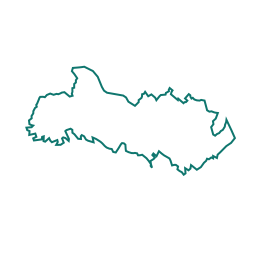 the district of Ronda Alta, Rio Grande do Sul, Brazil, rotated 134°
{"feature_id": "56859067B71630177815930", "entity_name": "Ronda Alta", "entity_type": "district", "adm_level": 2, "iso_a3": "BRA", "parent_name": "Brazil", "parent_adm1": "Rio Grande do Sul", "projection": "equal_earth", "projection_center": [-52.739, -27.81], "detail": "fine", "context": "isolated", "style": "outline", "palette": "teal", "viewbox_px": 256, "rotation_deg": 134, "n_neighbors": 0, "source": "geoboundaries", "source_scale": "gbopen_adm2", "svg_char_len": 2757}
<svg xmlns="http://www.w3.org/2000/svg" viewBox="0 0 256 256"><g transform="rotate(134 128 128)"><path d="M138.1,86.3L136.1,88.9L132.4,88.0L130.7,88.1L130.5,91.7L128.7,92.0L128.5,87.9L123.2,89.6L123.0,86.1L122.6,82.9L122.0,80.6L121.1,77.0L121.9,74.8L124.3,70.3L122.4,69.1L121.3,68.0L120.9,65.3L123.4,63.7L123.1,61.0L122.4,58.6L122.9,55.5L120.7,55.1L117.2,59.0L116.4,55.1L113.8,54.9L110.9,56.9L110.7,55.2L110.2,49.5L105.5,48.4L100.2,49.2L97.3,49.0L95.2,49.8L94.3,48.1L92.6,47.8L91.3,47.6L90.7,45.7L89.0,47.3L87.8,43.2L84.9,45.0L81.6,44.8L72.7,44.7L67.1,43.5L61.0,44.1L57.8,52.0L53.7,62.9L55.6,61.5L58.3,60.4L59.8,59.3L63.5,58.5L65.7,59.1L68.4,58.9L70.5,59.8L73.0,60.0L73.5,62.2L69.6,68.8L65.9,69.2L64.1,71.6L60.3,71.4L54.8,73.8L56.2,75.7L57.0,77.1L58.0,79.5L59.7,80.8L60.3,83.4L55.1,92.0L57.0,94.9L58.5,95.5L60.3,97.7L61.4,100.1L61.3,102.4L62.7,102.8L62.3,104.5L61.2,106.0L61.4,107.8L67.1,107.5L67.1,104.3L69.1,104.3L70.2,105.3L71.6,105.3L72.0,112.2L73.3,111.5L73.9,120.6L71.6,121.8L70.0,122.1L70.3,125.8L72.2,125.2L73.2,124.1L76.4,125.1L77.9,124.2L81.5,127.3L83.2,127.4L88.3,126.9L87.3,129.5L87.6,134.5L91.1,135.5L90.1,140.8L92.4,140.3L93.9,141.3L95.6,139.8L97.1,139.2L100.5,139.7L102.0,138.3L107.2,138.4L108.2,143.1L108.8,146.0L107.4,150.6L108.0,154.0L117.2,167.6L117.8,171.2L116.6,175.3L112.2,185.3L111.4,192.8L114.3,202.0L116.5,203.7L118.2,205.1L123.1,209.4L126.1,207.8L126.5,204.0L127.5,199.1L129.8,198.7L131.5,197.1L133.7,197.3L136.4,194.7L138.0,195.7L140.6,193.1L142.4,192.2L143.3,190.3L145.9,191.8L146.2,195.8L146.4,198.6L148.5,200.2L150.1,200.7L152.1,201.6L153.1,203.1L155.8,204.6L157.3,207.9L160.6,209.3L163.6,209.2L164.5,210.7L166.6,212.8L168.0,212.6L169.3,212.0L173.6,210.3L175.2,210.0L176.1,208.4L178.2,208.8L181.6,207.8L183.3,206.3L186.4,205.7L188.0,204.0L191.3,204.5L193.7,201.6L193.0,199.4L192.1,197.9L194.4,197.9L198.3,201.3L199.5,199.1L198.6,196.7L201.6,194.2L196.4,190.8L198.0,187.8L201.3,189.0L202.3,187.0L196.1,182.1L194.0,183.6L192.5,182.8L196.1,179.6L195.4,178.1L190.1,177.7L191.1,175.0L191.1,172.9L185.8,170.5L186.8,168.8L190.0,167.9L186.9,164.8L183.2,164.0L181.3,168.2L179.8,168.1L178.7,166.0L178.5,161.7L176.9,162.9L173.8,170.9L172.3,170.8L168.4,168.8L168.0,166.8L170.0,164.7L169.7,162.2L170.4,156.4L168.6,154.2L166.7,156.2L165.2,156.3L164.5,153.8L165.5,150.2L164.9,147.9L162.2,142.8L159.4,146.9L158.1,143.4L157.4,140.2L157.0,138.1L156.9,135.7L157.1,132.2L156.9,129.8L155.8,127.0L154.4,125.1L155.5,122.0L154.1,119.8L149.3,120.7L144.5,121.8L143.0,121.8L141.9,120.3L141.8,118.3L144.7,115.1L145.9,113.6L145.0,110.9L143.6,108.1L142.2,106.5L141.1,105.7L139.9,103.8L140.7,101.8L139.2,100.4L137.4,99.2L136.9,93.7L137.3,90.3L138.1,86.3ZM138.1,86.3L139.5,85.4L139.9,83.1L138.1,86.3Z" fill="none" stroke="#0f766e" stroke-width="2"/></g></svg>